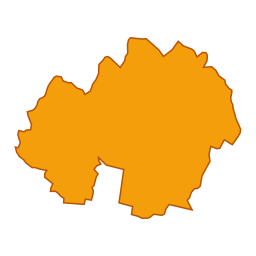 outline of Nova Petrópolis, Rio Grande do Sul, Brazil
{"feature_id": "56859067B53198529950841", "entity_name": "Nova Petrópolis", "entity_type": "district", "adm_level": 2, "iso_a3": "BRA", "parent_name": "Brazil", "parent_adm1": "Rio Grande do Sul", "projection": "equal_earth", "projection_center": [-51.1, -29.372], "detail": "fine", "context": "isolated", "style": "filled", "palette": "amber", "viewbox_px": 256, "rotation_deg": 0, "n_neighbors": 0, "source": "geoboundaries", "source_scale": "gbopen_adm2", "svg_char_len": 1848}
<svg xmlns="http://www.w3.org/2000/svg" viewBox="0 0 256 256"><path d="M27.3,111.8L28.2,116.1L31.5,124.5L30.6,129.8L26.6,130.0L24.0,131.8L21.7,131.2L18.7,130.7L17.9,134.7L20.3,142.9L18.0,147.8L15.4,147.1L16.6,152.1L19.2,156.3L23.8,159.9L25.9,162.9L32.1,167.6L35.0,167.6L40.6,169.3L43.8,169.9L46.8,170.4L44.8,173.3L44.7,177.3L46.8,178.9L52.8,183.8L51.0,187.6L50.4,191.3L55.4,191.3L57.7,192.9L60.8,196.3L63.9,198.3L63.6,202.8L79.5,204.0L84.2,204.3L85.4,199.2L91.4,200.1L93.0,194.2L93.3,190.9L92.0,187.4L94.0,185.5L96.2,177.2L98.1,173.9L94.1,169.5L96.5,166.0L100.8,164.1L98.9,160.8L98.5,157.5L106.4,165.1L123.8,169.5L122.6,177.5L120.3,194.3L119.0,202.8L121.7,203.6L132.6,206.5L131.5,214.5L137.7,216.2L142.2,218.2L147.6,218.2L150.1,217.2L153.7,214.2L161.8,215.3L164.5,213.9L165.9,209.0L169.1,204.5L192.1,209.9L187.2,200.3L189.4,198.0L191.4,192.3L194.4,188.7L197.3,188.5L200.2,186.2L202.0,176.0L205.6,169.2L210.0,161.3L209.0,154.4L210.8,146.4L216.8,148.7L219.8,148.3L224.3,139.8L232.3,144.7L238.1,136.5L240.1,132.9L240.6,129.3L239.2,125.9L237.1,121.3L235.7,117.9L234.8,114.0L233.2,108.7L232.7,104.6L231.2,101.6L230.7,97.5L231.6,93.8L231.9,90.4L228.9,88.3L225.6,84.1L224.8,80.1L221.9,78.1L218.7,75.7L215.9,70.4L211.6,66.7L203.5,67.4L206.9,61.1L207.4,55.4L205.9,52.7L202.6,52.4L197.0,56.9L194.5,51.6L192.6,49.5L183.2,45.8L178.2,41.3L172.2,49.7L163.5,56.4L158.7,49.8L146.1,38.7L142.4,39.0L137.1,38.5L130.5,37.8L128.5,40.0L127.5,44.6L127.7,53.3L125.4,56.6L124.7,60.9L120.2,67.5L110.3,58.0L107.8,56.6L105.2,57.1L102.5,60.8L99.0,64.4L98.5,73.9L95.9,79.7L92.8,84.1L90.3,91.0L85.0,94.5L82.6,90.0L76.6,87.9L71.1,82.5L68.4,82.9L63.0,80.8L61.3,76.9L56.2,76.1L53.9,77.7L52.2,80.3L49.9,83.2L48.0,86.6L46.8,90.0L46.0,93.0L44.7,95.9L42.6,97.6L39.9,98.6L37.8,101.7L37.1,104.8L35.4,107.9L32.9,110.2L27.3,111.8Z" fill="#f59e0b" stroke="#b45309" stroke-width="1.5"/></svg>